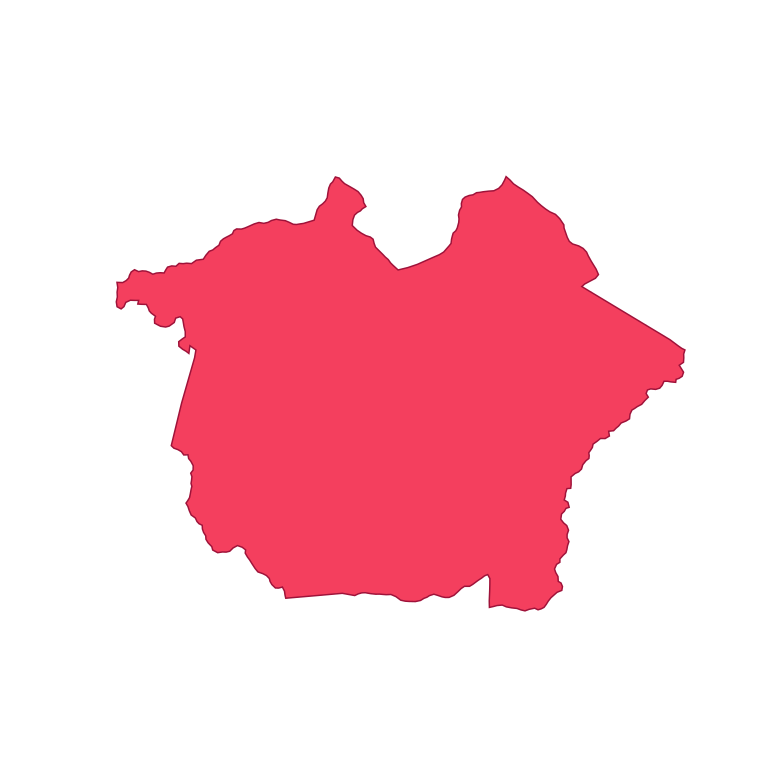 Capixaba, Acre, Brazil, rotated 286°
{"feature_id": "56859067B32196744892902", "entity_name": "Capixaba", "entity_type": "district", "adm_level": 2, "iso_a3": "BRA", "parent_name": "Brazil", "parent_adm1": "Acre", "projection": "robinson", "projection_center": [-67.828, -10.457], "detail": "fine", "context": "isolated", "style": "filled", "palette": "rose", "viewbox_px": 768, "rotation_deg": 286, "n_neighbors": 0, "source": "geoboundaries", "source_scale": "gbopen_adm2", "svg_char_len": 5006}
<svg xmlns="http://www.w3.org/2000/svg" viewBox="0 0 768 768"><g transform="rotate(286 384 384)"><path d="M569.6,280.2L564.2,279.0L561.4,277.4L557.1,276.9L552.2,277.4L547.4,278.1L543.6,277.2L540.2,275.3L537.1,272.9L533.1,271.7L522.2,271.7L516.2,262.4L514.8,259.3L513.2,255.9L512.5,252.7L513.3,248.3L513.8,244.1L513.0,238.9L512.7,235.0L510.1,230.7L507.5,228.1L505.3,224.2L504.8,219.3L502.1,215.1L497.2,209.3L495.3,206.9L493.6,204.2L492.4,199.5L490.1,197.4L486.6,196.9L484.1,194.6L481.5,191.8L479.3,189.6L476.1,187.5L471.9,187.1L468.7,184.5L465.6,182.4L463.4,179.4L458.7,177.3L454.1,175.9L451.3,169.5L446.7,165.8L445.7,160.9L444.3,157.7L443.5,153.8L439.8,151.5L439.0,147.4L436.7,143.7L433.6,142.8L430.1,142.0L429.3,138.3L427.9,134.6L425.8,131.5L426.7,127.7L426.9,124.0L426.1,120.4L424.4,117.1L425.1,112.7L422.0,110.1L418.4,109.4L415.5,109.4L412.4,107.7L409.5,104.9L408.1,99.3L403.3,101.5L398.8,102.1L394.1,103.7L389.2,104.0L384.7,106.1L383.7,110.6L386.7,112.7L391.3,113.3L394.6,117.1L395.6,121.1L396.7,125.1L393.0,125.3L393.8,129.0L395.0,133.7L392.1,136.5L389.6,138.2L388.0,140.7L386.1,145.7L383.0,145.5L379.2,146.8L377.9,153.2L378.6,158.4L380.4,161.5L385.3,165.4L389.9,165.6L392.5,169.5L391.1,172.5L388.5,173.8L384.1,175.9L379.6,178.5L374.5,180.0L371.5,177.5L368.1,175.0L363.8,176.4L361.9,180.8L360.9,184.7L359.6,188.0L367.3,186.9L364.9,193.8L357.0,194.7L353.9,194.7L309.9,194.7L266.1,196.5L264.4,199.7L264.1,204.1L263.1,207.9L260.6,211.1L261.9,215.1L258.4,216.8L256.5,219.6L252.9,223.1L248.7,224.2L245.0,222.8L242.0,224.9L238.1,225.6L235.2,225.9L232.7,227.5L228.8,227.7L225.0,228.1L221.2,228.4L217.8,227.5L214.9,226.5L212.2,229.3L208.5,231.8L204.9,234.8L203.2,239.6L200.3,242.1L198.7,244.7L198.1,248.2L194.6,249.4L191.6,251.5L188.9,254.5L185.6,255.7L182.8,258.8L180.2,263.3L177.2,265.1L176.0,270.6L178.0,275.0L178.9,278.6L180.7,281.8L184.9,284.2L188.3,287.7L188.0,292.7L186.4,296.7L183.2,297.2L180.1,300.4L177.8,303.4L174.9,306.6L171.1,311.0L168.6,314.6L168.3,319.8L167.5,323.8L165.4,327.4L162.8,328.9L160.3,331.5L158.0,335.8L158.8,339.0L160.8,342.3L157.5,345.4L153.7,347.1L151.0,348.6L162.0,377.4L171.3,401.6L172.6,414.2L175.1,417.0L177.1,420.2L178.2,423.5L178.8,429.0L179.7,434.0L180.8,437.6L181.4,440.8L182.1,444.2L183.6,448.7L182.9,454.1L180.8,459.7L181.1,464.3L181.9,468.0L183.5,474.1L186.0,478.8L189.0,481.5L190.9,484.1L193.1,486.0L195.7,489.9L195.6,494.4L195.4,498.5L195.7,501.8L196.8,505.4L200.2,509.5L204.9,512.4L208.6,514.5L211.7,517.1L213.1,522.0L215.8,524.5L218.3,526.4L221.3,528.7L224.3,531.3L227.4,533.6L229.4,536.2L226.2,539.4L220.9,540.9L214.7,542.5L204.4,545.0L198.3,546.9L200.2,550.4L202.2,553.7L204.1,558.6L203.5,563.0L204.0,568.4L204.9,573.7L204.6,578.0L204.8,582.1L207.4,585.6L210.0,590.6L209.4,594.3L211.2,597.1L213.4,599.4L216.8,600.7L220.4,601.7L224.6,603.4L227.9,605.5L231.5,607.8L234.6,611.8L238.5,611.4L241.5,609.0L242.3,605.9L246.9,604.3L250.0,601.1L253.2,598.9L258.2,599.6L261.1,602.2L264.4,601.3L268.9,603.5L272.0,605.4L275.4,605.4L279.1,605.0L283.5,605.2L286.6,602.4L289.8,601.5L294.3,601.7L298.3,598.7L300.0,594.9L302.7,591.2L308.0,590.5L311.3,592.4L314.6,593.2L316.5,596.0L321.0,593.4L322.2,589.2L326.3,589.2L329.1,588.6L333.9,588.7L335.2,592.2L338.6,591.7L342.3,590.6L346.3,589.4L350.7,592.4L353.2,595.3L356.7,597.3L361.2,597.3L366.1,599.4L368.9,601.5L371.7,601.0L374.4,599.8L377.2,600.8L380.4,601.8L383.8,601.5L387.8,604.7L391.3,607.1L392.5,611.6L396.1,615.0L400.5,613.0L402.4,617.6L405.6,619.3L408.2,621.1L411.9,622.7L415.1,626.8L418.2,629.6L422.7,628.8L427.3,629.5L429.5,631.6L432.1,633.7L435.5,637.3L440.0,639.3L444.2,641.7L447.1,638.6L450.9,638.9L452.8,641.7L453.7,646.6L456.0,650.2L459.4,651.7L463.8,652.4L464.8,655.9L465.1,659.2L466.0,663.9L469.0,663.5L470.8,666.1L473.6,668.5L477.9,668.7L481.1,665.2L483.4,662.6L487.4,665.9L491.7,665.0L495.4,663.8L499.7,663.9L500.3,660.5L501.7,656.4L505.4,646.7L530.7,552.7L532.2,547.3L535.4,549.3L539.1,553.1L543.9,558.1L548.3,560.0L552.9,556.2L559.2,549.3L563.5,545.0L566.6,542.4L569.2,538.1L570.4,533.2L570.6,526.6L572.2,522.8L575.4,519.8L583.5,514.1L586.6,513.0L591.4,507.3L594.3,502.1L595.2,496.0L596.7,491.2L598.8,486.0L601.0,481.4L604.9,475.0L606.9,469.7L608.8,464.3L610.3,458.8L612.1,453.3L614.8,448.9L617.0,444.2L613.1,443.7L608.0,442.6L603.6,440.3L600.0,436.3L598.3,431.6L596.2,426.5L594.6,423.2L593.4,420.2L590.4,417.4L588.7,413.9L586.0,410.4L583.1,408.6L578.8,408.6L575.6,409.7L571.9,408.8L567.0,409.0L563.4,410.6L559.9,411.3L554.1,411.4L551.1,410.8L548.1,408.9L545.1,408.9L541.9,409.0L537.6,409.7L534.7,408.5L527.3,405.0L523.6,401.6L519.0,396.0L512.9,388.7L508.2,383.1L502.4,374.7L497.5,366.1L500.7,359.7L502.2,357.0L504.8,353.7L506.4,350.2L508.2,347.2L510.5,343.0L513.2,338.1L516.5,335.7L520.2,333.6L521.5,330.3L521.6,325.7L522.7,320.8L524.4,315.7L527.6,309.8L533.3,308.8L538.2,309.1L541.6,311.2L543.9,313.6L546.5,314.9L549.6,317.7L552.7,314.5L556.4,312.9L559.1,310.0L561.8,306.0L563.1,301.6L564.2,297.2L565.7,290.9L567.3,287.8L569.6,284.3L569.6,280.2Z" fill="#f43f5e" stroke="#9f1239" stroke-width="1.5"/></g></svg>